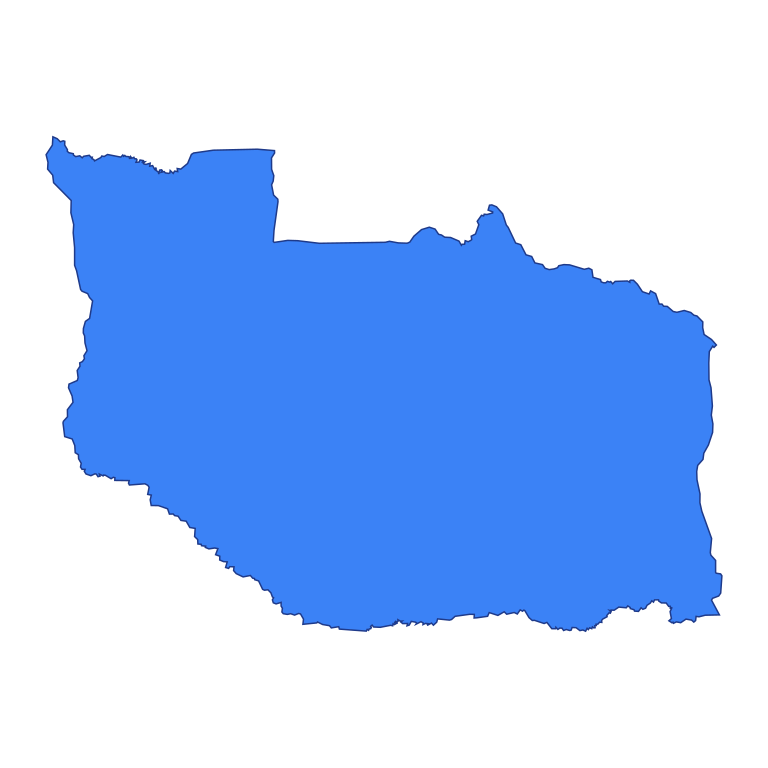 Chai Buri, Surat Thani, Thailand
{"feature_id": "78962969B57683949209589", "entity_name": "Chai Buri", "entity_type": "district", "adm_level": 2, "iso_a3": "THA", "parent_name": "Thailand", "parent_adm1": "Surat Thani", "projection": "orthographic", "projection_center": [99.067, 8.459], "detail": "fine", "context": "isolated", "style": "filled", "palette": "blue", "viewbox_px": 768, "rotation_deg": 0, "n_neighbors": 0, "source": "geoboundaries", "source_scale": "gbopen_adm2", "svg_char_len": 6053}
<svg xmlns="http://www.w3.org/2000/svg" viewBox="0 0 768 768"><path d="M719.4,614.9L711.5,600.1L712.6,598.3L718.7,596.0L720.7,593.1L721.9,575.8L720.6,573.9L716.2,573.2L715.6,572.3L715.6,560.4L710.9,555.2L710.3,552.6L711.6,538.5L701.8,511.2L699.9,502.7L700.0,493.9L697.0,479.8L696.7,471.5L697.7,465.4L703.0,459.4L703.8,453.2L708.4,445.0L712.6,432.4L712.9,423.9L711.3,415.1L712.4,406.0L711.0,387.7L709.0,379.9L708.8,362.9L709.3,351.6L712.7,346.2L714.0,347.4L716.4,345.0L711.5,339.5L704.1,334.5L702.7,327.7L702.8,321.9L697.0,316.0L693.9,315.2L690.8,312.5L684.2,310.5L676.9,312.3L673.2,311.5L667.3,306.4L663.6,306.2L662.0,304.1L659.2,304.1L655.6,293.6L650.6,290.9L649.1,294.0L642.4,291.7L637.4,284.2L633.5,280.3L630.7,280.2L629.8,280.8L629.8,282.3L627.4,281.0L615.1,281.4L612.7,283.8L610.7,281.5L609.7,282.1L607.4,281.3L605.8,282.8L603.7,282.8L601.2,281.9L600.5,279.6L593.0,277.3L591.9,269.8L588.8,268.2L584.3,269.3L569.7,264.9L563.9,264.6L558.8,265.7L557.5,267.7L554.1,268.9L549.2,269.6L545.1,268.3L542.5,264.6L534.9,262.9L531.7,256.5L526.0,254.8L520.8,244.7L515.6,243.0L508.2,227.4L506.3,225.0L502.7,213.9L496.5,206.8L491.9,204.9L489.5,205.2L488.1,210.1L492.7,211.9L492.6,213.0L487.0,214.5L484.2,214.2L483.6,215.9L481.5,215.3L477.2,221.3L478.8,224.7L475.5,234.0L471.2,236.2L471.7,239.6L470.6,240.5L468.2,241.7L465.2,240.7L464.6,244.2L462.1,244.3L461.4,245.3L459.0,241.1L450.6,237.5L444.7,237.2L441.5,235.0L438.6,234.3L435.1,229.1L429.3,227.2L421.5,229.6L413.9,236.2L409.8,242.1L407.2,243.2L398.3,242.9L389.5,241.3L385.3,242.3L319.3,243.3L297.6,240.7L287.7,240.4L274.2,242.4L273.3,241.5L274.0,230.4L278.0,201.7L277.8,199.2L273.6,195.1L271.6,184.8L273.2,181.1L273.8,175.7L271.6,169.3L271.5,157.9L274.6,153.0L274.5,150.6L257.4,149.2L213.3,150.2L193.6,153.0L191.4,154.4L187.6,163.5L180.8,169.1L177.2,168.5L177.7,171.6L174.6,171.1L173.2,173.4L170.2,170.5L169.9,172.9L168.7,173.4L165.3,172.9L164.2,171.6L161.1,172.3L162.3,170.5L161.5,169.8L159.6,170.1L158.8,174.1L158.3,172.0L155.2,169.8L156.3,169.1L155.8,168.0L154.3,168.7L152.6,165.6L149.7,166.2L150.2,163.2L146.0,164.4L144.0,164.0L143.3,163.2L144.9,161.8L142.5,162.0L143.3,160.6L140.0,160.0L139.1,162.1L136.0,162.3L137.0,159.9L136.4,158.9L134.5,158.7L133.9,157.3L131.9,158.2L130.7,156.7L130.5,158.3L129.5,158.4L129.1,156.7L125.7,156.4L124.8,155.4L123.6,156.3L122.8,155.0L120.8,157.1L107.5,154.5L104.2,156.5L101.8,156.0L100.9,157.5L94.5,160.9L93.9,159.6L91.9,158.6L92.3,157.2L90.9,157.2L89.3,155.3L83.6,156.3L82.2,157.8L79.8,155.8L75.7,156.6L73.5,155.1L73.3,153.7L68.9,152.7L67.3,151.3L67.4,149.6L64.7,145.1L64.8,141.3L63.2,140.8L60.3,141.8L57.2,138.7L52.9,136.8L52.4,145.1L46.1,154.7L48.0,162.4L47.6,169.1L52.7,175.2L53.6,182.7L71.2,200.5L70.9,212.8L73.7,224.6L73.2,232.8L74.6,247.6L74.6,265.3L76.6,270.8L80.6,289.5L82.0,291.2L87.7,293.6L89.6,297.6L92.6,300.9L89.6,318.4L85.4,321.4L83.4,328.5L83.3,333.0L84.6,335.9L85.0,343.0L87.0,350.7L83.9,355.7L84.4,358.8L82.4,361.6L79.7,362.9L80.0,366.2L77.2,370.5L78.1,377.7L77.3,380.5L69.0,384.1L68.5,387.8L72.1,396.0L73.0,402.3L67.4,409.7L67.5,416.8L63.4,421.3L63.0,422.9L64.7,436.6L72.2,439.0L74.8,445.6L75.2,452.7L78.4,454.7L78.6,458.8L81.2,463.3L80.5,467.0L82.0,469.3L85.1,469.4L84.3,471.3L86.0,474.0L90.9,475.7L95.0,473.8L96.4,474.2L98.0,476.7L100.0,476.2L99.4,474.1L103.1,475.9L103.5,475.1L105.4,475.3L111.1,478.7L113.3,477.3L114.9,477.7L114.8,480.4L129.2,480.6L128.5,483.2L129.4,485.0L145.0,483.8L147.9,485.4L149.1,487.3L147.7,494.4L151.3,495.1L150.2,499.8L151.2,505.5L158.4,505.6L167.6,508.8L169.4,514.1L173.2,514.0L174.6,515.6L178.1,516.2L180.9,520.4L186.2,521.2L189.8,527.5L195.2,528.4L194.6,536.6L197.7,539.6L197.9,544.0L201.2,544.3L201.5,545.7L205.7,546.2L205.3,547.4L208.9,548.9L214.7,548.0L217.9,548.6L215.6,554.7L219.8,556.2L219.7,560.0L223.5,561.6L227.2,561.9L225.6,567.5L228.6,568.4L229.8,566.7L234.0,566.8L233.6,570.6L236.2,573.6L243.1,576.9L250.4,575.5L252.7,578.2L254.5,578.5L254.7,579.7L258.6,580.9L262.6,589.3L264.4,590.2L267.9,589.8L270.9,592.8L272.4,596.9L273.6,597.8L272.4,599.8L273.3,602.8L276.1,603.9L281.1,602.4L281.1,606.1L282.4,608.2L281.9,612.0L283.3,613.7L287.3,614.4L290.7,613.7L294.6,615.1L298.5,613.5L300.5,613.9L303.5,619.1L302.9,624.3L316.8,622.9L317.5,622.0L322.6,624.5L329.5,625.7L331.3,627.9L338.7,626.7L339.4,629.1L366.3,631.1L367.2,629.4L368.6,630.3L369.2,628.9L370.7,628.7L371.3,627.6L370.6,626.4L372.1,625.1L373.6,627.0L380.3,627.3L390.7,625.3L392.7,625.8L393.1,623.8L394.3,624.6L395.6,623.9L394.6,622.5L395.7,621.4L397.3,623.7L396.9,621.9L398.0,621.3L397.9,619.7L400.5,621.2L402.0,621.1L400.8,622.0L402.7,623.6L407.6,623.5L407.0,625.8L409.2,625.1L411.3,621.4L415.7,622.2L416.7,623.1L416.0,624.2L421.0,621.7L423.2,623.0L423.0,624.6L425.5,623.4L428.6,623.7L427.3,624.4L427.7,625.1L431.5,623.1L433.4,625.2L436.7,622.2L437.6,618.9L449.5,620.1L451.6,619.5L455.1,616.3L469.7,614.3L474.3,614.4L474.1,618.0L476.9,617.8L487.6,616.3L489.2,612.6L497.9,615.4L504.2,611.8L506.7,614.2L514.2,612.5L517.3,614.0L520.2,609.9L522.5,611.2L523.9,610.1L524.8,610.6L529.0,617.6L532.3,620.5L534.4,620.3L544.1,623.5L546.9,622.4L551.8,628.7L555.7,628.7L555.9,627.3L557.9,629.4L559.8,628.1L562.0,628.2L563.6,630.5L566.2,629.5L569.8,630.5L571.2,630.1L572.1,627.5L576.1,627.7L579.9,630.6L582.9,630.0L585.6,631.2L587.1,628.3L588.3,629.6L589.6,627.8L591.8,628.7L592.4,626.9L593.8,627.9L595.1,627.7L594.8,625.7L596.3,625.5L596.0,624.3L597.9,624.1L599.6,622.2L601.8,622.4L601.6,620.5L602.7,619.1L607.1,616.7L606.8,615.5L609.1,612.8L610.3,613.2L610.9,612.0L609.6,610.5L611.1,611.0L611.1,610.1L614.2,610.2L618.8,607.1L626.3,607.8L627.8,605.9L630.2,607.5L630.3,608.6L634.0,609.7L634.5,611.1L638.5,611.4L641.1,607.8L642.8,609.3L645.6,608.2L647.0,605.3L650.3,603.1L651.8,600.8L653.5,602.1L654.5,599.9L658.5,599.8L658.7,601.0L661.4,602.9L666.2,603.0L668.7,606.4L670.2,606.3L670.3,608.9L671.0,607.5L671.8,607.9L670.1,611.6L671.4,618.6L668.9,620.8L672.0,622.8L673.0,622.2L673.5,623.3L676.4,621.9L680.7,622.7L686.0,619.1L691.6,620.1L693.8,622.1L695.6,620.6L696.1,616.4L699.0,616.8L705.3,615.2L719.4,614.9Z" fill="#3b82f6" stroke="#1e3a8a" stroke-width="1.5"/></svg>